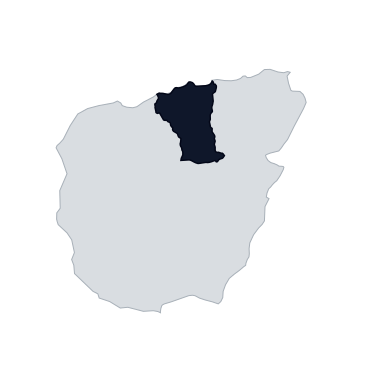 Paysandú highlighted on a map of Uruguay, rotated 70°
{"feature_id": "URY-8", "entity_name": "Paysandú", "entity_type": "Department", "adm_level": 1, "iso_a3": "URY", "parent_name": "Uruguay", "parent_adm1": "", "projection": "equal_earth", "projection_center": [-57.298, -32.042], "detail": "fine", "context": "in_parent", "style": "filled", "palette": "ink", "viewbox_px": 384, "rotation_deg": 70, "n_neighbors": 0, "source": "natural_earth", "source_scale": "10m", "svg_char_len": 4850}
<svg xmlns="http://www.w3.org/2000/svg" viewBox="0 0 384 384"><g transform="rotate(70 192 192)"><path d="M294.7,262.9L292.6,265.0L290.3,269.0L287.5,278.5L278.4,291.7L276.5,299.1L266.8,306.8L259.9,315.5L255.5,315.3L251.5,319.0L228.5,330.3L220.4,328.1L214.3,328.2L208.7,323.2L195.8,321.4L187.7,323.4L176.9,328.9L173.6,328.8L171.2,328.5L165.4,326.2L162.2,321.4L145.5,315.8L132.1,303.2L116.2,302.9L104.0,304.6L102.2,302.9L100.9,299.6L98.4,294.9L87.9,283.7L79.6,272.6L77.9,261.6L79.0,249.6L81.4,235.5L81.0,231.0L84.0,228.5L87.0,228.0L90.0,224.3L92.6,218.8L93.0,214.6L90.9,206.8L89.5,195.9L87.8,190.4L91.1,181.9L91.3,177.7L89.3,174.0L88.8,170.2L89.6,166.3L89.5,162.6L88.2,159.0L89.1,156.1L92.2,153.7L94.5,150.1L96.0,145.3L96.8,141.6L96.8,139.0L95.9,136.6L94.0,134.3L94.9,129.8L98.5,123.1L100.9,117.1L102.0,111.8L101.9,107.6L100.6,104.4L101.2,102.2L103.4,101.0L104.4,97.6L104.1,89.1L101.7,82.1L103.5,76.6L108.6,70.2L111.3,65.0L111.5,61.0L113.1,58.8L115.6,63.0L122.9,64.1L130.3,64.3L131.5,63.2L134.4,56.2L138.2,54.2L142.4,53.7L146.9,54.1L151.8,58.7L165.4,73.8L175.4,84.3L178.4,89.2L181.1,92.9L183.1,96.4L182.2,105.3L182.3,109.2L182.7,110.4L185.0,110.5L188.4,109.8L191.3,107.9L193.5,105.0L195.7,102.7L197.5,101.4L198.2,99.6L199.2,97.6L200.2,97.2L202.2,98.6L206.9,103.7L210.4,108.5L211.3,111.2L212.7,114.0L214.2,116.4L215.2,118.8L218.7,121.9L222.2,123.9L224.6,121.9L230.7,128.4L243.9,133.8L246.4,137.1L248.6,141.7L253.2,148.7L259.6,155.1L264.7,157.7L269.7,159.3L272.5,160.7L274.3,163.1L277.4,165.7L279.3,166.7L279.9,169.0L281.8,174.1L283.7,180.5L285.9,186.5L290.6,192.2L296.0,196.7L301.7,199.2L304.8,202.4L306.1,205.6L302.2,210.4L298.0,216.5L294.3,221.2L290.5,224.6L289.2,226.8L288.3,230.4L288.1,249.2L287.7,256.1L287.9,258.0L288.4,259.2L290.8,261.1L293.6,262.6L294.7,262.9Z" fill="#d9dde1" stroke="#a8b0b8" stroke-width="1"/><path d="M87.8,189.0L87.9,188.9L88.3,188.3L89.3,185.7L92.1,181.3L92.3,179.5L91.8,177.8L88.9,173.4L88.4,172.2L88.6,171.0L89.6,169.2L90.0,167.0L90.1,164.4L89.9,162.0L89.5,160.2L88.2,158.4L87.6,157.3L87.9,156.1L89.1,154.5L89.8,154.0L90.7,153.5L92.8,153.0L93.8,152.6L94.2,151.7L96.8,142.9L97.2,140.3L96.9,137.7L95.7,136.1L94.6,135.1L94.8,135.0L95.5,134.6L96.1,134.4L96.8,134.5L97.6,134.7L98.0,134.7L98.3,134.7L98.4,134.1L98.4,133.8L98.5,133.5L98.7,133.4L100.3,132.9L100.7,132.9L101.1,133.0L102.3,133.5L105.1,135.4L105.5,135.7L105.7,135.9L105.8,136.2L106.4,138.2L106.4,138.5L106.6,138.7L106.7,139.0L106.9,139.1L107.1,139.3L107.5,139.4L113.8,141.0L116.9,142.8L118.4,144.0L118.8,144.3L119.9,144.7L120.9,144.9L122.1,145.0L122.9,145.2L123.4,145.4L123.6,145.6L124.5,147.3L124.8,147.7L125.4,148.2L126.4,148.8L129.8,149.9L130.3,150.2L131.9,151.6L132.4,151.7L136.1,152.2L136.6,152.4L137.0,152.4L137.4,152.3L138.0,152.1L138.3,151.9L138.6,151.7L138.8,151.5L139.1,151.4L139.4,151.4L141.3,152.2L142.2,152.5L142.7,152.4L146.4,151.5L146.9,151.5L147.7,151.6L148.1,151.8L148.4,152.0L149.2,152.6L149.5,152.7L149.8,152.8L151.6,152.8L152.1,152.9L152.4,153.0L154.6,154.6L155.2,154.8L155.5,154.8L157.7,154.9L160.7,156.0L161.0,156.0L161.5,156.0L162.2,155.8L162.8,155.6L163.0,155.4L163.2,155.2L163.4,154.7L163.5,154.4L163.6,153.8L163.9,153.3L165.2,151.7L165.6,151.1L165.9,150.7L165.9,150.3L166.6,149.8L168.9,149.1L170.3,151.0L170.5,151.5L170.7,152.1L170.7,152.5L170.6,153.7L170.7,155.1L170.8,155.5L170.9,155.9L171.9,157.3L172.1,157.7L172.2,158.1L172.1,158.5L171.9,158.9L171.7,159.0L171.3,159.1L170.8,159.2L170.6,159.4L170.4,159.6L170.3,160.0L170.2,160.6L170.2,163.0L170.2,163.4L170.0,165.8L169.7,167.0L169.5,167.6L169.0,168.6L168.8,169.3L167.5,175.7L167.2,176.7L165.9,178.4L164.4,179.9L162.8,181.3L161.5,182.6L160.8,183.8L158.5,191.6L157.1,190.8L156.5,190.4L154.2,188.1L153.7,187.8L151.4,187.0L150.6,186.9L150.3,186.9L149.8,187.0L149.3,187.1L148.8,187.0L147.1,186.7L146.7,186.6L145.6,186.9L144.6,187.0L143.7,186.9L142.6,186.6L141.3,185.7L138.9,184.5L138.3,184.3L137.8,184.2L137.6,184.3L137.2,184.6L136.3,185.3L135.9,185.6L135.7,185.7L135.1,185.8L132.4,185.8L132.0,185.9L131.5,186.2L128.7,188.5L128.4,188.6L128.0,188.8L127.2,188.9L126.8,188.9L126.3,188.7L125.4,188.3L125.0,188.2L124.7,188.3L124.1,188.7L123.3,189.0L122.2,189.2L121.8,189.2L120.3,188.9L119.7,188.9L119.3,188.9L119.0,189.0L118.7,189.4L118.3,189.8L118.2,190.0L117.8,190.4L117.6,190.6L116.6,190.9L116.3,191.0L116.1,191.2L116.0,191.4L115.8,191.9L115.7,192.0L115.4,192.9L115.3,193.1L115.0,193.6L114.8,193.8L114.4,194.1L106.9,195.4L106.7,195.6L106.6,195.8L106.5,196.1L106.4,196.4L106.3,197.6L106.0,197.9L105.7,198.2L105.1,198.6L104.7,198.6L104.4,198.5L104.2,198.4L100.4,197.9L99.9,197.8L99.4,197.5L98.5,197.2L97.5,197.1L97.0,196.9L96.7,196.8L96.5,196.6L96.2,195.5L96.0,195.0L95.8,194.7L95.7,194.6L94.7,194.0L94.5,193.8L94.3,193.6L93.1,192.1L93.0,191.9L92.8,191.7L92.5,191.5L92.0,191.3L91.7,191.2L89.5,191.3L88.2,191.6L88.0,190.3L87.8,189.0Z" fill="#0f172a" stroke="#020617" stroke-width="1.5"/></g></svg>